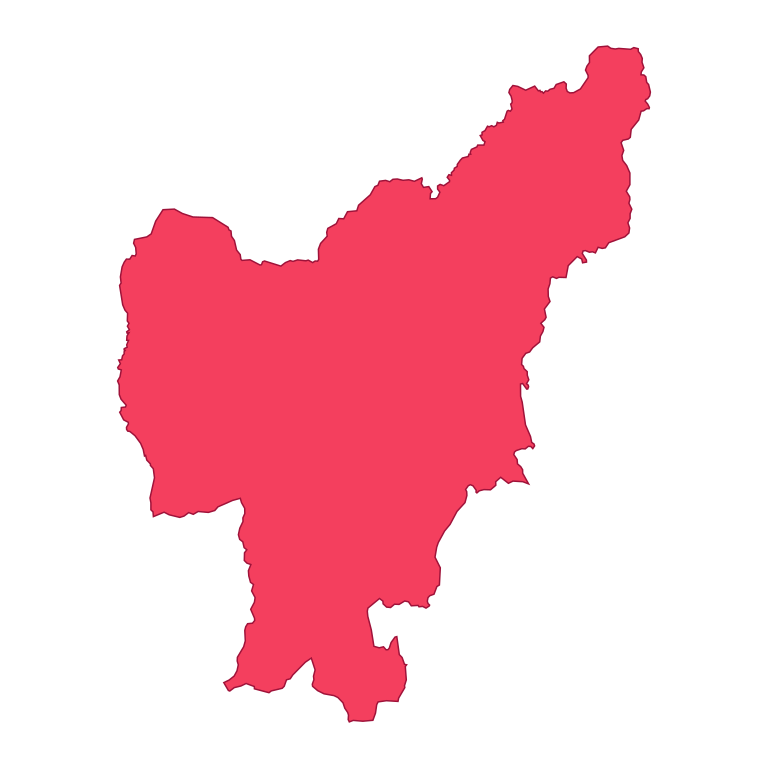 Beroroha, Atsimo-Andrefana, Madagascar (Natural Earth projection)
{"feature_id": "10022922B39697778193382", "entity_name": "Beroroha", "entity_type": "district", "adm_level": 2, "iso_a3": "MDG", "parent_name": "Madagascar", "parent_adm1": "Atsimo-Andrefana", "projection": "natural_earth1", "projection_center": [45.328, -21.505], "detail": "fine", "context": "isolated", "style": "filled", "palette": "rose", "viewbox_px": 768, "rotation_deg": 0, "n_neighbors": 0, "source": "geoboundaries", "source_scale": "gbopen_adm2", "svg_char_len": 6079}
<svg xmlns="http://www.w3.org/2000/svg" viewBox="0 0 768 768"><path d="M649.1,108.7L649.4,107.5L647.7,104.1L645.2,101.1L645.8,99.5L647.6,98.8L649.7,95.9L650.4,92.1L648.6,84.5L646.7,82.4L645.8,76.7L643.9,75.0L641.0,74.8L641.3,71.9L643.9,67.8L642.0,62.2L642.3,58.4L640.7,54.6L638.3,51.5L638.2,48.7L633.8,47.6L630.6,49.3L618.7,48.4L615.3,49.0L610.8,48.3L607.7,46.1L598.1,47.0L589.4,55.8L589.5,62.5L586.9,66.2L585.5,70.1L588.1,75.4L588.1,77.7L580.4,89.0L573.6,92.7L569.9,92.9L567.3,91.5L566.1,88.2L566.3,84.0L563.9,81.8L556.2,84.5L554.0,88.3L550.0,89.3L547.7,91.2L545.6,90.9L543.4,93.2L542.0,91.6L540.5,91.8L540.0,90.4L538.3,90.8L534.7,86.1L525.7,90.2L517.8,86.4L512.9,85.5L509.7,89.4L508.9,92.6L511.1,96.2L512.2,100.8L512.0,102.8L510.7,104.1L512.0,109.0L510.4,111.2L508.3,110.4L507.1,111.2L504.5,119.3L502.8,120.7L503.3,122.1L498.9,123.0L497.3,122.3L496.4,125.3L493.9,126.8L491.6,125.7L489.1,126.8L487.5,126.2L485.0,130.6L482.0,132.3L482.1,134.9L480.2,135.5L482.9,140.4L485.0,141.7L483.9,145.1L477.7,145.1L476.9,146.9L471.4,149.4L470.2,152.4L470.7,154.2L469.0,154.1L468.2,156.5L462.4,158.0L460.3,160.2L457.3,164.4L457.2,166.5L454.4,168.2L454.0,170.2L451.4,172.7L451.5,175.3L448.9,174.7L447.2,177.3L449.6,180.3L449.5,181.7L443.8,185.7L440.1,184.4L437.6,186.0L437.6,189.1L439.9,192.2L437.6,197.2L435.7,198.7L430.1,198.8L430.5,193.5L432.1,191.7L428.8,186.6L423.5,187.4L421.3,183.7L422.3,179.1L421.8,177.8L414.4,181.3L408.9,179.8L403.0,180.3L397.3,179.0L392.9,179.3L389.8,181.7L385.6,180.4L379.5,181.2L377.9,185.3L374.9,186.6L370.3,194.8L358.6,205.2L356.8,210.8L347.5,211.7L343.7,218.8L338.8,218.5L336.3,223.7L327.8,228.4L326.7,232.3L327.2,236.2L320.6,243.4L318.4,249.2L318.7,259.4L317.6,261.2L315.1,261.0L312.7,262.6L308.2,260.1L305.9,260.8L297.6,259.9L293.0,261.4L290.2,260.6L285.4,262.6L280.9,266.1L264.5,261.0L262.6,261.8L261.5,264.7L260.0,265.0L250.0,259.8L242.0,260.4L240.9,259.3L240.2,254.6L236.6,250.1L234.4,240.5L231.5,236.3L231.0,231.0L228.9,229.8L228.1,227.3L212.6,217.6L193.0,217.0L182.4,213.5L174.4,209.1L163.0,209.7L155.7,221.1L151.2,233.9L146.8,236.9L134.5,239.4L133.6,243.2L135.7,247.5L136.2,253.9L135.2,256.0L132.1,255.5L129.7,259.2L126.4,259.1L124.2,262.2L122.1,266.9L120.4,276.9L121.1,283.0L119.6,285.4L122.7,304.8L125.0,310.2L127.6,313.2L127.3,321.0L129.0,323.3L127.4,326.2L129.4,329.7L126.7,331.8L127.2,333.2L128.9,332.8L127.0,336.0L126.7,340.3L128.5,340.4L126.7,344.9L127.2,347.2L124.2,348.7L124.1,349.9L125.2,350.3L124.1,351.8L124.2,353.8L122.5,355.9L121.7,359.8L118.7,360.0L120.4,363.7L117.7,367.5L118.3,369.0L121.3,369.9L120.0,376.8L117.6,381.0L119.2,384.9L119.3,394.7L121.1,399.3L126.2,405.2L125.5,407.0L121.3,407.5L121.1,410.6L119.7,412.2L123.7,419.9L128.3,422.3L128.4,424.0L126.5,427.3L126.6,429.4L127.7,431.1L129.9,431.5L135.0,435.7L140.6,443.3L143.2,449.4L144.5,456.0L145.6,455.4L146.8,460.1L150.4,463.9L150.4,465.4L153.3,468.7L154.5,477.8L150.0,498.0L150.9,502.8L150.9,509.8L153.0,511.9L153.4,516.6L164.1,512.2L169.2,514.8L179.8,517.4L184.0,516.1L188.7,512.6L193.3,514.3L198.1,511.5L208.4,512.4L214.8,510.5L218.0,506.8L232.6,500.4L240.3,498.3L241.5,502.6L244.7,508.3L244.8,513.6L242.9,517.9L243.0,521.5L239.8,528.2L238.4,534.7L239.7,539.4L242.8,541.8L244.1,547.6L246.8,549.8L244.5,552.8L244.3,560.5L247.0,563.2L250.9,564.5L248.4,570.7L248.8,576.0L250.5,582.3L253.5,584.5L251.6,590.9L255.1,597.6L254.4,602.3L250.7,609.3L254.5,618.1L254.7,620.5L252.5,623.2L247.6,623.7L245.7,626.8L244.8,630.4L245.3,640.9L243.7,646.7L237.4,657.3L237.2,661.0L238.3,664.8L237.0,670.8L234.2,676.0L229.2,680.0L223.8,682.6L228.4,690.5L229.8,691.0L234.3,687.6L240.9,686.0L246.1,683.5L254.3,686.5L254.4,688.8L269.0,692.7L271.3,690.9L282.2,688.3L284.2,686.3L286.5,679.8L290.2,678.8L292.8,674.9L305.3,662.2L311.3,658.1L315.1,669.9L313.5,676.2L313.9,679.7L312.3,684.2L312.6,686.3L317.6,690.6L324.0,693.8L334.0,695.6L337.9,697.5L343.0,702.8L344.8,708.2L347.7,712.5L348.5,715.1L348.2,719.6L349.3,721.9L353.2,720.4L362.8,721.2L372.9,720.3L375.5,713.1L376.7,704.7L378.1,701.9L386.4,700.7L398.0,701.4L398.7,698.0L404.8,687.6L404.5,685.7L406.3,679.9L405.3,666.5L406.6,664.8L404.5,664.3L402.1,657.5L399.3,654.6L396.8,636.6L395.0,637.1L391.1,642.5L389.3,648.1L387.9,649.7L386.1,649.8L383.5,646.8L379.2,647.8L373.9,646.3L371.3,629.9L367.8,616.4L367.3,611.3L367.9,608.1L379.5,598.5L382.9,601.1L383.1,603.8L386.6,607.1L390.6,607.5L394.5,604.2L399.1,604.4L404.7,601.0L408.5,601.8L411.3,605.8L418.1,605.4L419.0,606.8L422.6,606.4L426.0,608.1L429.1,606.1L429.6,605.1L428.0,603.5L427.3,601.2L428.0,597.6L429.8,595.7L434.0,594.2L436.9,586.5L439.4,585.0L440.3,567.8L435.0,557.2L436.7,547.2L438.3,542.5L444.6,531.0L450.1,524.3L457.0,511.4L465.0,502.6L466.9,495.5L466.7,491.6L465.6,489.5L468.3,485.7L470.4,484.7L473.0,485.8L476.2,490.3L476.0,492.1L476.9,492.9L479.3,490.8L483.9,489.6L490.5,489.8L495.8,485.3L495.7,481.7L500.7,477.3L508.4,483.3L513.0,481.1L522.8,481.7L528.6,483.9L522.7,473.3L522.6,469.7L520.7,466.6L517.5,463.9L517.1,459.5L513.8,454.6L514.5,452.0L516.2,450.6L521.8,448.7L525.2,448.9L528.4,446.3L530.8,446.5L532.8,448.6L534.6,445.9L534.0,444.0L531.7,442.4L530.5,436.5L525.5,424.9L522.2,402.1L520.6,396.3L520.5,384.0L522.6,383.5L526.7,389.1L527.7,389.0L528.6,386.8L528.2,385.1L526.5,383.7L528.8,379.8L527.3,375.3L527.2,371.6L524.0,368.6L523.4,366.3L521.6,364.5L522.1,358.3L525.8,353.3L529.6,352.0L532.7,347.8L539.7,341.9L540.4,336.1L542.9,331.6L544.0,327.3L540.8,323.3L544.8,319.7L546.1,317.3L544.4,309.0L550.0,301.5L548.3,296.5L548.1,289.0L549.9,283.7L550.4,278.1L552.7,276.8L556.5,278.4L558.9,277.3L566.0,277.5L568.2,265.7L577.2,256.6L581.7,259.0L582.6,262.8L586.5,262.1L586.4,260.0L582.3,253.5L583.1,250.9L585.5,250.6L589.4,252.2L592.6,251.8L595.4,252.9L598.1,247.3L602.2,248.4L605.4,247.8L608.8,242.7L624.8,236.8L628.9,233.0L629.6,228.0L627.9,222.8L630.1,218.4L630.1,213.8L631.8,209.2L628.9,203.2L629.9,199.6L629.7,196.8L626.3,191.2L629.9,184.7L629.9,173.0L626.7,165.6L622.7,160.4L621.9,155.6L623.7,150.4L621.1,142.7L622.8,140.3L628.3,139.0L630.3,137.3L631.2,129.3L638.7,120.0L641.1,111.2L643.6,110.8L646.8,108.6L649.1,108.7Z" fill="#f43f5e" stroke="#9f1239" stroke-width="1.5"/></svg>